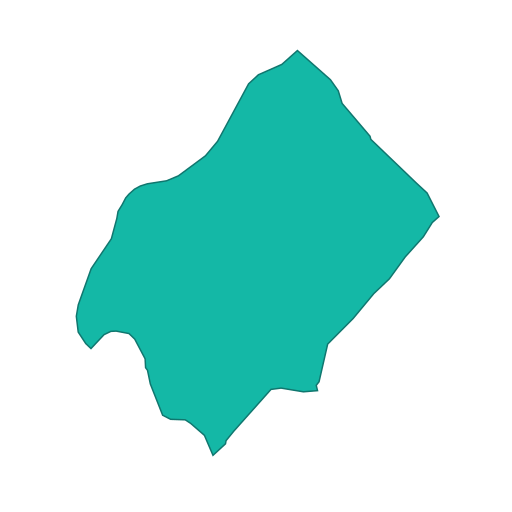 outline of Patzité, Quiché, Guatemala, rotated 312°
{"feature_id": "79465075B43387572026262", "entity_name": "Patzité", "entity_type": "district", "adm_level": 2, "iso_a3": "GTM", "parent_name": "Guatemala", "parent_adm1": "Quiché", "projection": "orthographic", "projection_center": [-91.205, 14.971], "detail": "fine", "context": "isolated", "style": "filled", "palette": "teal", "viewbox_px": 512, "rotation_deg": 312, "n_neighbors": 0, "source": "geoboundaries", "source_scale": "gbopen_adm2", "svg_char_len": 911}
<svg xmlns="http://www.w3.org/2000/svg" viewBox="0 0 512 512"><g transform="rotate(312 256 256)"><path d="M407.8,365.6L417.3,341.0L417.5,326.3L419.5,263.3L421.3,260.6L427.0,217.9L433.8,206.6L436.8,193.4L436.4,149.3L415.7,147.0L392.3,136.5L379.0,135.3L315.6,150.7L296.7,151.4L263.7,144.7L252.0,139.2L236.9,126.9L230.6,123.2L224.4,121.0L217.0,120.2L212.0,120.3L204.6,122.2L196.9,123.6L190.7,127.5L172.0,137.0L136.3,142.0L100.8,156.6L91.0,162.8L80.5,174.8L77.0,188.1L76.8,195.3L95.9,195.7L102.9,198.6L106.6,202.3L113.4,213.5L113.1,221.5L105.4,242.4L99.1,248.7L98.5,251.8L90.2,263.1L75.2,293.2L77.5,301.8L86.9,313.0L87.9,319.5L88.2,337.7L79.1,357.4L96.0,359.0L98.7,357.3L111.1,356.7L166.9,356.4L174.6,363.0L186.8,382.1L197.1,391.8L200.2,387.3L204.7,387.0L238.5,368.2L274.6,370.0L306.9,368.7L328.3,370.4L355.2,367.5L382.2,367.5L398.8,364.6L407.8,365.6Z" fill="#14b8a6" stroke="#0f766e" stroke-width="1.5"/></g></svg>